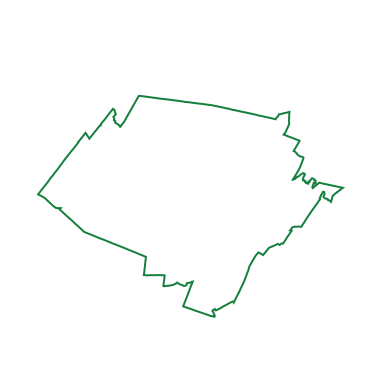 Trivalea-Mosteni, Teleorman, Romania (Robinson projection), rotated 144°
{"feature_id": "2599482B61439270983538", "entity_name": "Trivalea-Mosteni", "entity_type": "district", "adm_level": 2, "iso_a3": "ROU", "parent_name": "Romania", "parent_adm1": "Teleorman", "projection": "robinson", "projection_center": [25.216, 44.27], "detail": "fine", "context": "isolated", "style": "outline", "palette": "green", "viewbox_px": 384, "rotation_deg": 144, "n_neighbors": 0, "source": "geoboundaries", "source_scale": "gbopen_adm2", "svg_char_len": 5677}
<svg xmlns="http://www.w3.org/2000/svg" viewBox="0 0 384 384"><g transform="rotate(144 192 192)"><path d="M317.9,280.6L317.8,280.3L316.7,278.2L315.3,275.1L314.7,273.8L314.4,272.3L313.5,267.5L312.4,262.2L311.5,259.2L311.4,259.0L310.8,258.5L307.7,256.1L308.1,256.0L309.4,256.0L309.3,255.5L307.8,248.1L305.8,238.9L305.1,234.9L304.0,229.9L302.8,223.8L302.9,223.6L302.2,222.3L296.2,212.7L293.9,208.8L291.3,205.0L286.5,197.2L282.5,191.0L278.7,185.0L277.0,182.0L273.2,176.1L272.2,174.3L268.8,168.9L267.4,166.6L278.7,154.2L279.8,153.1L277.1,150.8L274.0,148.8L272.1,147.3L268.7,145.0L263.3,140.9L263.2,140.8L263.2,140.5L263.7,139.9L267.5,135.9L269.1,134.1L270.0,133.3L270.5,132.7L270.4,132.5L265.5,129.6L263.0,128.4L261.5,127.9L260.6,127.7L259.3,127.3L258.8,127.4L257.9,127.6L257.6,127.5L257.1,127.3L256.9,127.0L257.0,126.5L257.0,126.3L256.8,126.0L256.5,125.6L256.1,124.4L254.0,121.5L253.9,120.8L253.7,120.6L253.4,120.4L252.8,120.1L251.6,120.0L251.1,120.0L250.9,120.1L249.9,121.2L249.4,121.3L249.1,121.1L246.5,119.5L246.2,119.4L245.2,119.5L244.1,119.1L246.8,117.3L247.1,117.2L248.4,116.4L255.2,111.8L265.8,105.1L266.4,104.6L265.2,103.0L264.0,101.2L261.4,97.6L258.7,93.5L257.1,91.4L255.3,88.7L254.0,87.0L252.4,84.7L251.4,83.3L250.0,81.1L248.4,79.2L247.8,78.5L247.3,78.0L247.1,77.9L246.9,77.9L246.7,78.2L246.7,78.4L246.7,78.6L247.3,79.0L247.2,79.1L246.9,79.1L246.2,78.8L246.1,79.0L245.9,80.5L245.6,81.7L245.4,83.8L244.9,84.1L244.0,84.2L242.8,83.8L242.3,83.8L242.5,82.8L242.5,82.5L242.4,82.2L242.1,82.1L237.9,81.4L234.4,81.1L223.7,79.6L223.3,79.4L223.2,79.3L223.3,77.9L217.5,81.0L213.2,83.1L208.6,85.7L205.5,87.3L203.4,88.5L197.5,92.2L194.4,94.4L192.1,95.7L191.7,96.1L191.3,96.6L189.2,98.1L183.5,100.7L179.2,102.6L177.2,103.3L173.7,104.0L172.7,101.8L171.5,99.2L162.8,101.5L162.0,101.5L159.0,100.8L158.9,100.7L153.0,99.5L152.2,97.6L149.6,97.7L149.2,97.3L148.7,96.7L142.6,99.0L141.8,99.4L134.3,102.0L134.9,103.0L135.2,103.3L133.4,103.7L131.6,104.4L130.5,104.1L129.3,103.5L129.1,103.5L128.9,103.5L128.1,102.7L126.1,101.4L124.1,99.6L120.1,101.1L115.4,103.0L106.1,106.4L100.4,108.3L98.0,109.0L94.3,110.4L93.2,110.7L92.7,110.8L92.7,111.5L92.6,111.8L92.4,111.9L92.2,112.0L91.1,112.3L90.8,112.5L90.3,113.2L89.5,113.7L89.4,113.7L88.8,113.8L88.0,114.1L87.2,114.6L86.2,115.1L85.6,115.0L85.3,114.8L85.2,114.7L85.2,114.4L85.3,113.9L85.8,112.5L85.9,112.3L86.2,112.1L87.3,111.7L87.7,111.5L88.5,110.8L88.6,110.5L88.2,109.5L88.1,108.7L87.9,108.4L87.4,107.7L86.9,107.3L86.4,106.5L86.5,106.0L86.7,105.7L86.7,105.4L86.5,105.2L86.2,105.2L86.0,104.5L85.6,103.7L85.5,103.3L85.4,103.1L85.4,102.4L85.4,102.2L85.1,102.3L84.8,102.4L84.0,103.4L83.6,103.7L83.3,103.8L82.6,104.5L81.3,105.5L80.6,106.0L79.7,106.3L78.8,106.4L77.5,106.5L67.5,106.7L74.2,114.2L79.9,120.5L83.7,124.8L91.3,124.2L91.8,124.1L92.0,124.1L92.1,124.7L91.9,125.0L91.6,125.3L89.8,126.6L88.9,127.2L88.5,127.6L88.4,127.7L88.2,127.8L88.0,127.5L87.7,127.0L87.7,126.7L87.3,126.5L87.0,126.5L86.7,126.7L86.3,127.3L86.1,127.7L86.0,128.1L85.6,128.1L85.5,128.3L85.4,128.5L85.5,128.8L85.8,129.3L85.8,129.5L85.6,129.9L86.1,130.3L86.0,130.7L85.8,130.9L85.8,131.1L86.2,131.8L86.9,132.6L88.0,132.3L88.4,132.2L89.3,131.9L89.6,131.9L89.9,132.0L90.9,131.7L91.1,131.4L90.9,131.1L91.0,131.0L91.4,131.1L91.6,131.5L91.7,131.9L91.9,131.9L92.2,131.7L92.6,131.1L92.7,130.8L92.8,130.5L93.0,130.4L93.4,130.6L93.5,130.7L93.5,131.2L93.4,131.6L93.5,131.8L94.3,131.9L94.4,132.1L94.4,132.4L94.6,132.6L94.5,133.1L94.6,133.8L94.3,134.1L93.8,134.2L93.7,134.4L94.4,135.1L94.6,135.5L95.2,135.9L95.3,136.0L95.2,136.3L95.1,136.5L94.8,136.5L94.7,136.6L94.8,136.8L94.9,137.0L94.7,137.4L94.2,137.6L93.8,138.1L93.4,138.2L93.0,138.6L92.2,139.0L91.8,139.1L91.2,139.1L90.9,139.4L90.9,139.8L90.4,140.0L90.2,140.3L90.3,140.8L90.7,141.6L90.9,141.8L91.2,142.0L91.8,142.1L94.1,142.2L96.1,142.0L97.2,142.2L97.5,142.1L97.9,142.2L98.4,142.4L98.6,142.4L99.2,142.2L100.1,142.3L100.8,142.0L101.3,142.1L101.5,142.4L101.6,142.5L102.7,142.5L103.1,142.7L102.5,143.0L102.1,143.2L101.4,143.4L101.0,143.6L95.5,145.9L92.8,147.1L90.4,148.3L83.6,152.7L82.3,153.5L81.9,153.9L81.7,154.4L81.7,154.8L82.0,155.4L83.6,157.3L83.9,158.1L84.3,158.7L84.6,159.9L84.7,160.5L84.6,161.3L84.8,163.2L85.0,164.1L85.2,164.6L85.7,165.4L74.9,170.1L74.9,170.4L84.1,184.5L81.9,185.1L80.4,185.8L74.1,189.4L72.9,190.5L72.5,191.3L71.8,192.4L67.0,198.5L66.1,199.5L67.9,200.2L71.5,201.8L75.3,203.2L75.8,203.4L75.9,203.7L78.6,202.5L79.5,202.6L80.1,202.5L81.6,201.7L85.8,206.6L93.6,215.3L95.9,218.1L101.7,224.6L105.0,228.2L108.7,232.4L111.1,234.9L113.0,237.3L115.7,240.2L117.0,241.8L124.8,250.4L126.2,251.7L133.6,258.8L134.2,259.3L134.4,259.4L141.3,266.0L144.6,268.9L147.0,271.4L151.1,275.3L151.7,275.8L152.9,277.0L156.9,280.8L163.0,286.4L167.8,291.0L175.3,298.2L178.4,301.0L178.6,301.0L202.0,290.4L203.4,289.7L205.4,288.8L209.9,287.5L211.7,286.9L211.8,286.9L211.8,287.3L211.6,288.6L213.0,292.3L213.3,292.6L213.3,292.8L213.3,293.6L213.1,293.8L212.6,294.0L212.4,294.3L212.4,294.5L212.4,294.9L212.5,295.6L213.0,295.9L213.0,296.2L212.8,296.4L212.2,296.6L211.6,297.2L211.5,297.5L211.4,298.2L211.5,298.9L207.8,299.8L207.7,300.9L206.8,303.4L206.5,304.2L206.6,304.5L207.1,304.7L207.1,304.9L206.8,305.6L206.6,305.8L206.2,306.0L211.8,304.4L212.8,304.2L214.5,303.6L220.2,301.9L222.9,301.3L225.0,300.7L226.3,300.2L226.5,299.6L227.3,299.9L228.3,299.7L243.7,295.5L243.6,297.1L243.3,302.4L243.8,302.3L247.0,301.4L248.4,300.9L249.3,300.7L253.2,299.7L254.1,299.3L254.4,299.3L254.4,299.2L255.4,298.8L256.8,298.3L258.1,297.9L260.1,297.4L262.6,296.7L265.1,296.1L275.8,293.1L280.4,291.6L281.1,291.4L288.0,289.2L292.6,288.0L295.2,287.1L297.1,286.7L298.8,286.2L304.4,284.3L308.4,283.3L315.6,281.2L317.9,280.6Z" fill="none" stroke="#15803d" stroke-width="2"/></g></svg>